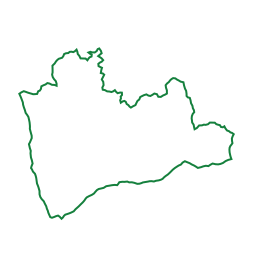 the district of Brumadinho, Minas Gerais, Brazil, rotated 174°
{"feature_id": "56859067B71494732621842", "entity_name": "Brumadinho", "entity_type": "district", "adm_level": 2, "iso_a3": "BRA", "parent_name": "Brazil", "parent_adm1": "Minas Gerais", "projection": "robinson", "projection_center": [-44.135, -20.186], "detail": "fine", "context": "isolated", "style": "outline", "palette": "green", "viewbox_px": 256, "rotation_deg": 174, "n_neighbors": 0, "source": "geoboundaries", "source_scale": "gbopen_adm2", "svg_char_len": 3953}
<svg xmlns="http://www.w3.org/2000/svg" viewBox="0 0 256 256"><g transform="rotate(174 128 128)"><path d="M203.6,44.7L202.1,45.8L200.8,47.4L199.4,48.4L197.8,48.7L196.0,49.1L193.8,49.7L190.7,50.8L188.7,52.7L187.3,53.7L185.2,55.2L182.9,57.1L180.7,58.8L178.9,60.5L177.6,62.1L176.3,63.3L173.9,64.3L170.9,65.3L168.7,66.4L167.3,67.8L165.4,69.5L163.5,70.4L161.6,70.6L158.5,71.0L155.7,72.4L152.5,72.6L150.0,72.8L147.1,72.8L144.7,72.3L143.5,73.5L142.3,75.0L139.5,75.1L137.0,74.8L134.3,74.8L132.5,73.8L129.8,73.6L127.4,72.8L124.6,71.5L122.5,71.4L120.4,71.8L118.9,72.3L117.3,72.4L115.7,72.5L113.9,72.6L112.1,72.8L110.3,72.7L107.8,72.1L105.7,72.6L103.0,72.7L100.8,73.1L98.9,73.8L97.4,75.1L95.6,76.3L93.2,77.6L91.2,79.1L89.7,80.3L87.9,81.8L85.6,83.3L83.5,84.4L81.5,85.4L79.2,86.1L77.3,87.9L74.9,89.0L72.7,87.8L70.4,86.6L68.3,85.0L66.4,83.9L64.5,82.5L62.7,81.0L59.5,81.4L57.1,82.0L54.5,82.3L52.0,81.7L50.0,82.8L47.6,83.8L44.6,82.8L42.1,82.4L39.8,82.6L37.2,83.3L34.4,84.9L31.6,85.8L28.4,86.3L28.9,88.3L29.2,90.2L29.5,93.1L29.4,95.8L29.0,97.8L28.0,99.5L26.8,100.7L25.7,102.0L25.9,104.1L25.8,106.7L24.8,108.8L23.5,110.8L25.1,112.3L26.6,112.9L27.8,114.2L29.8,115.2L31.2,117.5L32.0,119.6L33.6,118.8L35.4,119.3L36.3,121.2L38.0,121.8L39.8,122.6L41.1,124.2L44.1,124.6L46.1,124.8L48.0,123.4L50.5,123.0L52.2,123.4L54.1,122.9L57.0,123.1L59.5,120.8L61.9,119.8L62.2,122.1L62.4,124.5L63.6,126.7L63.6,128.9L63.7,130.9L63.2,133.2L62.1,135.3L60.5,136.8L60.6,138.9L61.4,140.8L61.6,143.4L62.7,146.0L62.9,149.0L63.4,151.5L65.3,152.2L66.4,153.7L66.2,156.0L66.3,158.9L67.2,161.2L67.8,164.4L68.1,167.7L70.8,168.6L72.6,170.0L74.3,171.1L75.7,172.4L77.9,172.9L79.6,172.1L81.0,171.1L82.6,169.4L84.5,168.2L86.1,166.6L86.0,164.1L85.4,161.4L85.7,158.2L87.4,157.4L89.7,156.7L92.1,155.5L94.6,155.9L95.7,158.6L98.2,159.5L100.3,158.4L102.4,157.5L104.3,158.1L106.2,159.5L108.7,159.0L110.9,158.2L112.6,157.5L113.8,155.2L115.8,153.9L116.9,152.2L118.2,150.0L120.7,149.1L123.0,148.0L124.3,149.2L125.2,150.7L126.8,152.0L127.5,154.3L128.8,155.3L130.5,155.0L132.5,153.9L132.9,156.4L131.9,158.2L132.0,160.0L130.5,161.5L130.4,163.8L132.1,164.1L134.7,163.7L136.2,165.4L137.1,167.0L138.9,166.0L140.7,165.5L142.6,166.2L144.9,166.6L147.0,168.1L149.1,168.7L149.3,170.9L147.8,173.2L147.8,176.5L149.0,179.1L147.7,181.0L146.1,183.5L147.3,184.8L149.3,185.5L148.5,188.4L147.6,190.6L149.0,191.4L150.8,192.6L150.8,194.9L149.1,196.0L147.2,196.7L145.6,198.1L147.0,200.1L148.3,201.2L150.1,202.6L148.3,203.9L146.4,205.1L146.9,207.6L148.3,210.1L149.9,209.6L151.1,207.8L153.2,206.6L155.9,207.0L157.4,207.7L159.4,207.2L158.0,205.8L156.4,204.8L156.8,202.9L158.8,202.3L160.2,201.0L161.3,199.6L162.9,201.5L165.2,201.8L167.9,202.2L168.9,204.9L170.2,206.8L170.4,209.2L171.0,211.3L172.8,209.9L174.5,209.2L176.3,209.8L178.1,209.8L179.5,208.8L181.9,208.8L183.8,208.2L184.7,206.4L186.1,204.8L187.9,204.4L189.5,204.1L191.0,203.2L192.6,201.8L194.1,199.9L196.6,197.9L196.8,195.2L197.0,192.9L197.2,191.1L197.9,189.0L197.5,186.5L196.5,184.4L194.9,182.1L194.4,179.6L194.6,177.5L196.5,178.5L199.1,178.9L201.4,180.4L203.5,181.1L205.5,179.9L207.4,179.4L209.8,178.5L210.5,176.0L211.8,174.4L213.5,173.9L214.8,171.4L217.0,171.4L218.8,171.5L220.4,172.2L222.4,173.0L224.0,173.7L225.8,174.6L227.8,175.5L230.3,174.6L232.5,173.4L231.3,169.7L230.5,166.7L229.9,164.4L229.9,162.2L229.4,159.5L228.7,156.7L228.2,153.7L226.9,151.5L225.9,149.4L225.6,147.0L225.3,144.0L225.3,141.1L225.4,139.3L225.7,137.4L225.4,135.3L225.0,132.7L224.6,130.4L224.8,128.0L226.2,125.5L227.0,124.0L228.2,122.3L227.9,120.0L227.7,118.2L227.1,115.5L227.6,113.0L227.6,110.6L227.6,108.8L227.0,106.1L226.6,102.6L227.9,100.2L228.6,98.3L227.8,96.8L227.1,94.6L225.3,92.2L224.8,90.1L224.5,88.0L224.4,85.3L224.3,82.3L223.7,80.3L223.2,78.2L222.6,74.6L222.9,71.3L222.4,68.6L221.3,66.4L219.4,63.9L218.7,61.7L217.5,58.7L217.1,56.2L216.4,54.1L216.1,52.1L215.5,50.2L214.6,47.5L213.0,46.7L210.8,47.2L208.6,47.9L206.7,48.2L205.2,46.9L203.6,44.7Z" fill="none" stroke="#15803d" stroke-width="2"/></g></svg>